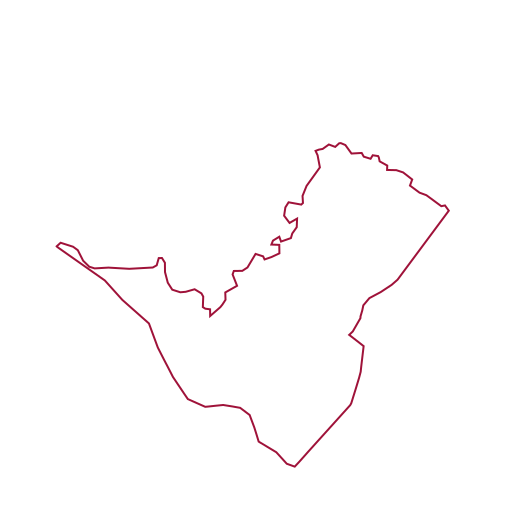 outline of Dorado, Puerto Rico, rotated 217°
{"feature_id": "32010507B14965508281660", "entity_name": "Dorado", "entity_type": "district", "adm_level": 2, "iso_a3": "PRI", "parent_name": "Puerto Rico", "parent_adm1": "", "projection": "robinson", "projection_center": [-66.267, 18.432], "detail": "fine", "context": "isolated", "style": "outline", "palette": "rose", "viewbox_px": 512, "rotation_deg": 217, "n_neighbors": 0, "source": "geoboundaries", "source_scale": "gbopen_adm2", "svg_char_len": 1840}
<svg xmlns="http://www.w3.org/2000/svg" viewBox="0 0 512 512"><g transform="rotate(217 256 256)"><path d="M271.7,375.8L267.4,373.5L265.9,372.1L258.3,365.2L257.8,342.4L255.0,332.0L250.4,326.6L250.8,324.3L262.3,318.5L261.8,312.5L257.8,305.1L249.1,302.6L245.7,310.6L240.8,303.5L240.6,295.8L238.9,291.3L244.7,282.6L249.0,285.4L251.7,278.5L250.6,274.4L244.1,278.9L238.9,272.2L243.0,264.5L247.1,258.4L250.1,260.0L257.6,257.4L256.6,248.2L255.9,241.7L258.0,235.9L264.7,230.7L263.6,227.2L253.2,220.8L258.6,208.4L254.0,202.7L253.6,197.1L253.7,193.7L256.5,180.5L260.6,185.8L264.8,183.4L267.7,183.2L273.7,191.8L277.1,193.3L285.0,192.5L290.6,185.1L294.6,181.5L302.6,178.7L310.4,181.6L319.0,188.4L324.7,195.8L329.9,197.8L332.4,195.8L329.7,188.8L331.5,184.7L349.5,169.5L366.9,157.9L377.4,149.0L382.7,147.1L391.2,148.2L401.8,153.4L407.7,153.3L420.0,149.0L421.0,143.8L420.0,143.6L362.0,145.5L336.3,140.5L300.9,137.7L281.8,125.4L279.3,123.8L267.4,118.0L262.8,115.8L261.7,115.3L256.3,112.7L249.5,109.4L230.5,102.8L224.3,100.7L205.8,105.0L203.8,106.8L199.1,111.2L198.8,111.5L192.5,117.3L191.9,117.6L184.0,121.8L181.4,123.1L177.3,125.2L168.4,125.2L165.4,125.2L154.1,118.0L148.5,114.0L142.2,109.4L140.8,109.5L121.7,111.5L106.4,108.6L98.3,111.1L97.6,117.7L96.5,131.4L91.0,193.6L91.3,195.7L96.2,209.4L100.3,220.6L102.7,226.5L105.7,231.5L115.8,248.8L134.1,249.1L133.3,254.0L135.2,269.2L136.2,270.7L138.3,276.3L140.6,281.2L140.1,290.6L134.7,302.2L130.3,314.6L128.7,322.2L128.7,323.1L129.3,408.2L135.5,410.1L138.0,407.3L156.5,407.1L163.5,405.0L175.4,404.9L177.3,411.1L188.8,411.3L195.6,409.0L203.1,403.6L205.6,407.2L214.2,406.0L217.2,408.6L218.6,409.3L223.4,406.7L223.0,402.6L229.7,400.2L233.6,401.9L241.4,395.3L251.4,398.4L256.2,397.2L257.4,396.1L258.4,390.8L264.9,388.9L267.2,381.6L269.8,378.8L271.7,375.8Z" fill="none" stroke="#9f1239" stroke-width="2"/></g></svg>